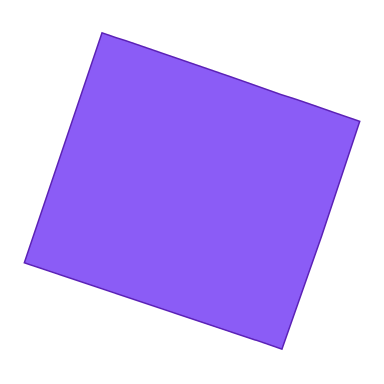 the district of Comanche, Kansas, United States of America, rotated 199°
{"feature_id": "52423323B46228321496043", "entity_name": "Comanche", "entity_type": "district", "adm_level": 2, "iso_a3": "USA", "parent_name": "United States of America", "parent_adm1": "Kansas", "projection": "albers", "projection_center": [-99.341, 37.192], "detail": "fine", "context": "isolated", "style": "filled", "palette": "violet", "viewbox_px": 384, "rotation_deg": 199, "n_neighbors": 0, "source": "geoboundaries", "source_scale": "gbopen_adm2", "svg_char_len": 430}
<svg xmlns="http://www.w3.org/2000/svg" viewBox="0 0 384 384"><g transform="rotate(199 192 192)"><path d="M99.1,313.5L123.9,313.5L139.9,313.1L189.2,313.5L204.0,313.5L263.8,313.5L266.1,313.5L304.0,313.5L314.2,313.2L328.9,313.2L327.5,70.5L322.4,70.5L84.5,72.6L82.4,72.8L55.8,72.7L55.1,191.9L56.4,313.4L72.7,313.4L75.0,313.4L75.7,313.4L76.9,313.4L85.0,313.4L99.1,313.5Z" fill="#8b5cf6" stroke="#5b21b6" stroke-width="1.5"/></g></svg>